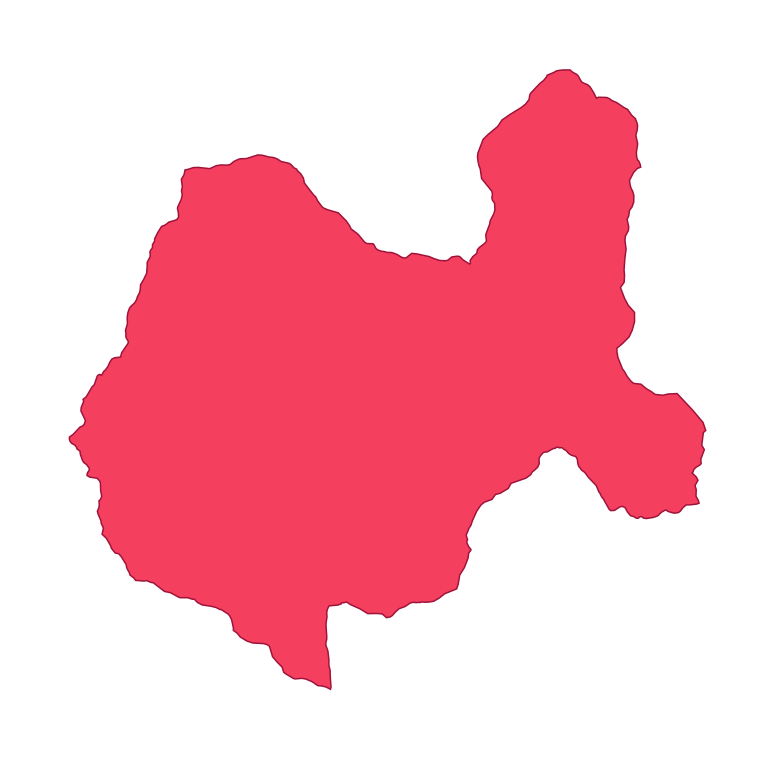 Toewang, Punakha, Bhutan, rotated 266°
{"feature_id": "84629894B31027958924606", "entity_name": "Toewang", "entity_type": "district", "adm_level": 2, "iso_a3": "BTN", "parent_name": "Bhutan", "parent_adm1": "Punakha", "projection": "albers", "projection_center": [89.944, 27.737], "detail": "fine", "context": "isolated", "style": "filled", "palette": "rose", "viewbox_px": 768, "rotation_deg": 266, "n_neighbors": 0, "source": "geoboundaries", "source_scale": "gbopen_adm2", "svg_char_len": 6113}
<svg xmlns="http://www.w3.org/2000/svg" viewBox="0 0 768 768"><g transform="rotate(266 384 384)"><path d="M243.1,690.0L245.7,689.5L250.4,687.4L256.8,688.1L261.0,687.2L266.1,690.5L269.5,689.0L273.8,685.1L274.7,686.2L276.9,687.0L278.9,689.1L281.2,693.5L282.4,694.8L286.9,694.8L296.2,699.0L300.7,696.7L313.3,699.2L315.2,701.7L323.3,699.6L336.5,690.0L354.0,675.7L354.2,666.6L353.3,661.6L354.7,653.7L357.4,650.6L361.2,645.2L365.9,640.3L367.2,633.0L370.0,630.2L374.6,627.1L379.7,624.7L382.3,623.0L393.8,619.3L399.8,618.6L403.5,618.9L408.0,625.1L413.9,631.8L420.2,635.3L428.7,638.3L437.9,638.9L445.4,633.2L452.2,630.1L463.7,626.6L468.8,630.7L476.5,631.6L480.6,631.4L491.6,632.9L501.7,634.9L510.0,634.4L514.4,635.0L520.1,638.5L523.6,639.1L531.4,638.0L534.4,639.8L540.0,641.0L543.5,643.9L548.0,645.8L554.5,646.4L559.0,645.5L561.7,644.2L565.5,643.4L570.0,643.1L577.6,647.7L581.3,651.7L582.4,655.2L585.2,654.9L588.8,653.6L590.0,652.5L593.1,651.9L597.4,651.9L605.9,653.8L614.5,652.6L619.7,654.3L624.2,655.0L626.3,654.7L631.2,653.3L634.8,649.8L640.9,646.2L643.2,642.4L648.5,635.8L650.8,631.2L652.9,628.8L654.3,626.2L655.1,618.0L654.3,615.8L660.0,613.5L666.1,610.2L668.2,608.2L670.9,602.9L672.8,601.5L677.6,599.3L679.4,597.9L681.9,593.9L684.3,591.5L684.8,584.2L684.6,579.9L684.2,577.5L683.0,575.2L680.6,568.3L678.9,567.5L675.7,564.4L672.8,560.3L663.6,550.3L661.2,549.3L657.7,548.6L653.7,545.1L650.5,540.7L644.2,528.7L639.1,520.1L633.0,515.4L625.8,505.4L621.2,500.0L607.9,493.8L604.0,493.1L599.8,493.3L595.3,493.9L591.8,495.0L582.1,495.7L568.8,505.0L565.8,505.4L562.1,504.6L559.5,505.1L556.8,506.9L550.3,506.8L546.5,505.6L539.4,501.3L536.3,500.6L526.3,496.1L524.5,495.9L519.9,496.2L519.0,495.8L517.3,494.3L513.7,488.8L511.4,486.5L507.9,485.7L504.9,481.5L501.3,478.6L498.0,478.5L497.7,477.6L502.3,471.5L505.5,468.7L506.2,467.6L506.4,465.1L506.0,460.5L502.9,456.1L502.7,453.7L503.3,448.3L505.4,443.0L508.0,437.9L511.4,426.2L512.4,420.8L508.3,414.8L508.3,413.4L508.7,411.5L509.9,409.3L512.0,406.6L514.1,402.2L514.8,399.8L515.0,396.5L516.2,393.2L516.7,390.4L518.3,386.9L520.0,385.3L523.7,383.7L524.7,382.8L525.3,376.9L526.6,374.8L535.4,368.4L541.0,362.0L544.1,360.8L549.1,357.9L557.9,350.4L561.8,339.8L563.9,335.8L565.6,334.2L571.7,330.4L575.5,328.9L577.4,327.0L590.1,318.6L595.0,318.0L599.5,315.6L603.0,312.4L604.4,311.9L605.9,309.3L609.5,306.5L610.9,304.4L613.1,297.0L615.9,293.3L617.6,289.8L618.5,285.0L620.8,278.2L621.3,274.1L618.5,262.5L618.7,256.4L618.3,254.4L616.5,249.8L613.6,245.7L613.3,242.7L613.9,236.6L613.5,231.9L611.0,225.2L613.0,213.9L613.2,209.0L611.8,203.4L611.5,200.5L606.7,199.1L602.2,196.1L594.8,196.6L591.2,195.5L586.7,195.9L582.5,194.7L575.0,190.6L573.3,190.2L569.7,190.8L564.8,190.7L562.7,189.1L561.9,187.1L560.5,180.6L558.0,177.1L556.7,173.1L551.1,169.0L544.9,165.4L542.5,165.1L539.2,162.8L536.4,162.5L535.2,161.9L534.4,161.0L532.5,159.8L527.6,159.7L521.7,156.2L518.0,156.0L510.9,154.9L504.8,151.4L500.1,148.1L495.1,147.4L492.0,146.4L487.9,143.9L485.7,143.2L482.6,141.2L479.2,137.0L477.2,135.3L473.3,133.6L468.8,132.5L461.8,132.2L455.7,129.9L452.1,130.1L449.7,129.8L447.8,130.1L444.3,131.9L442.4,131.5L433.5,124.5L429.2,123.0L429.0,117.3L427.9,114.3L424.4,111.7L421.3,110.2L417.6,107.2L416.0,105.2L412.4,102.9L413.4,101.2L412.7,99.2L411.7,98.4L403.6,95.0L401.4,92.5L392.0,86.1L389.7,82.7L387.7,83.2L381.7,80.3L378.1,79.8L368.5,83.6L364.7,82.1L363.1,80.3L362.3,77.8L355.6,70.6L353.0,66.5L350.6,66.3L348.3,67.0L346.5,68.4L344.8,71.1L342.6,72.8L340.8,73.1L338.1,76.1L335.5,76.1L329.3,77.7L326.9,78.8L324.4,81.6L321.2,83.7L319.1,84.2L315.9,81.9L313.5,81.3L311.6,84.0L310.0,91.2L307.2,93.5L305.1,94.2L297.2,93.9L291.7,94.6L288.9,93.3L287.3,91.5L284.1,91.6L280.8,91.1L277.1,89.2L274.3,89.7L267.3,92.1L264.8,92.2L259.8,94.0L253.8,92.3L249.4,96.3L241.5,100.1L239.1,100.6L234.1,104.1L233.2,107.5L230.3,109.7L221.9,114.2L219.5,114.4L216.8,115.2L214.0,116.6L211.0,117.4L208.0,120.9L205.4,122.5L204.2,130.7L204.4,133.4L202.3,137.8L201.8,140.0L192.4,150.5L190.7,156.4L185.8,164.1L185.0,165.9L184.5,173.4L182.7,177.7L182.7,179.1L181.9,180.4L179.2,182.5L176.3,187.1L174.4,195.8L172.7,201.0L170.5,204.5L170.4,205.8L165.6,212.2L163.7,213.8L159.6,215.5L151.5,216.7L148.6,216.6L146.0,219.9L141.5,223.1L137.1,229.4L134.8,235.0L133.4,245.9L132.2,249.1L131.0,250.7L130.1,251.5L119.7,253.8L113.8,258.2L108.7,262.6L103.5,263.8L101.7,265.8L96.5,273.2L96.0,275.0L96.1,281.4L95.2,285.2L92.1,291.4L87.7,297.0L87.2,300.5L85.8,305.0L83.2,309.3L85.3,310.0L97.2,310.0L101.9,310.3L107.2,309.4L113.0,309.8L121.6,309.4L127.5,307.8L130.2,308.0L133.1,309.0L136.5,309.3L146.4,309.3L149.3,309.5L155.8,310.9L159.9,310.9L163.0,311.7L166.5,313.7L166.7,322.5L167.6,325.9L168.7,326.6L168.6,328.6L169.1,331.6L166.4,334.9L161.3,344.5L156.1,351.7L155.5,361.6L154.7,366.3L150.7,370.2L151.2,374.0L152.5,376.2L155.5,379.2L158.8,383.4L160.5,389.4L163.7,394.9L164.2,397.9L163.7,400.7L163.6,405.5L164.0,406.3L163.4,409.6L163.4,414.5L163.8,418.4L166.6,424.2L170.5,429.8L174.5,442.1L178.9,444.0L188.1,446.2L195.4,451.5L204.7,455.8L209.3,456.6L212.2,459.1L213.0,459.1L215.7,457.2L219.8,455.6L221.1,455.6L222.9,456.5L227.5,455.4L234.4,458.9L236.9,460.8L241.5,462.7L250.6,467.6L256.8,472.5L259.2,476.2L261.3,483.6L266.0,487.5L266.9,492.3L271.1,500.6L276.1,503.9L280.2,519.1L283.4,524.1L286.0,525.8L287.2,527.8L290.3,531.5L293.6,533.3L298.3,533.4L300.5,534.3L304.0,537.5L304.9,539.1L304.8,542.0L307.2,547.0L307.8,548.6L307.9,550.2L308.9,551.9L308.8,553.0L308.1,554.4L308.1,556.5L307.8,557.5L306.3,558.9L304.9,561.1L301.9,563.3L299.9,565.9L298.4,569.8L297.8,570.5L295.8,571.5L290.3,571.9L288.2,572.6L284.3,575.1L281.9,578.0L276.1,581.8L267.8,588.7L261.5,590.8L259.3,592.1L256.3,593.2L253.9,594.9L243.6,599.7L241.9,601.2L241.8,605.1L244.8,610.4L245.2,611.4L245.1,613.9L243.6,616.0L239.0,618.1L235.4,620.8L234.4,623.7L232.8,625.9L232.3,627.5L232.4,628.4L233.7,629.9L233.7,631.1L233.7,631.9L232.1,633.5L231.5,636.5L232.1,643.2L233.1,647.2L234.0,648.7L236.5,651.5L238.5,655.5L238.5,656.8L237.1,658.4L235.4,662.7L234.9,664.8L235.2,668.7L236.6,670.9L239.7,673.5L242.3,677.1L242.1,681.5L242.4,687.5L243.1,690.0Z" fill="#f43f5e" stroke="#9f1239" stroke-width="1.5"/></g></svg>